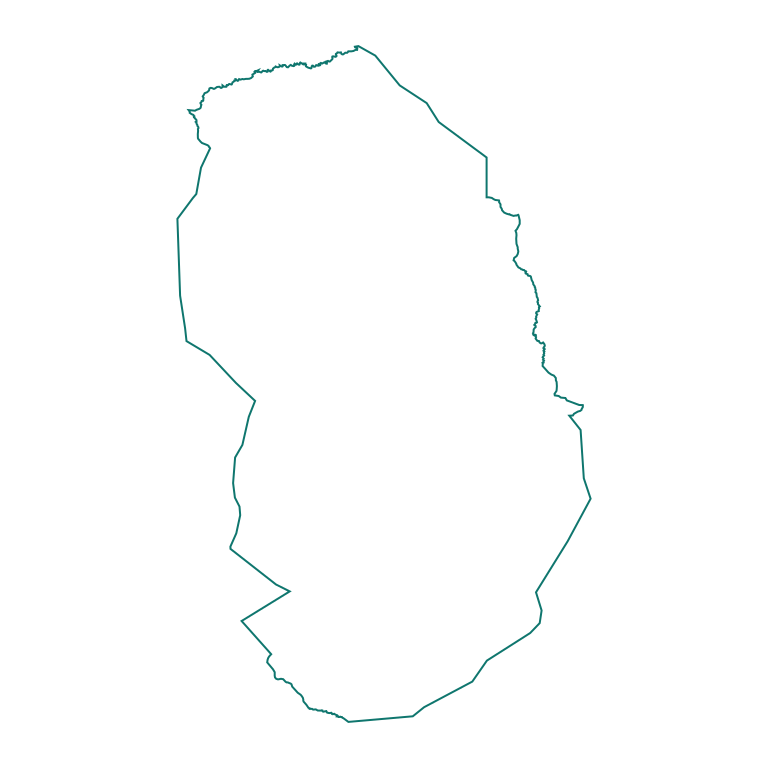 outline of Mo'ngonmorit, Töv, Mongolia
{"feature_id": "93677404B10296672671184", "entity_name": "Mo'ngonmorit", "entity_type": "district", "adm_level": 2, "iso_a3": "MNG", "parent_name": "Mongolia", "parent_adm1": "Töv", "projection": "equal_earth", "projection_center": [108.558, 48.538], "detail": "fine", "context": "isolated", "style": "outline", "palette": "teal", "viewbox_px": 768, "rotation_deg": 0, "n_neighbors": 0, "source": "geoboundaries", "source_scale": "gbopen_adm2", "svg_char_len": 5934}
<svg xmlns="http://www.w3.org/2000/svg" viewBox="0 0 768 768"><path d="M348.4,721.9L412.8,716.3L424.1,707.2L472.3,681.6L486.9,660.6L530.2,633.0L539.7,623.1L541.6,610.5L536.0,592.3L567.7,541.2L590.6,498.7L583.8,478.3L580.6,430.0L569.3,415.7L572.9,415.5L574.0,413.8L577.8,411.6L580.2,410.9L581.5,409.9L581.8,408.7L582.7,407.4L582.9,405.9L582.8,405.1L579.2,405.0L566.8,400.4L565.4,398.0L560.9,397.6L558.7,396.0L554.8,395.4L554.5,393.9L556.5,390.9L556.7,389.2L556.9,386.1L556.6,381.9L555.9,380.4L555.8,378.0L553.9,375.6L551.4,374.6L548.5,372.6L542.6,366.0L542.8,363.8L542.5,362.9L543.6,362.5L543.3,361.7L544.0,360.7L543.0,359.8L543.7,358.7L542.6,357.3L543.2,356.3L544.1,355.6L543.5,354.6L544.2,353.6L543.9,352.6L544.4,351.6L543.5,350.8L544.7,349.2L544.6,348.9L544.1,349.0L543.5,348.5L543.4,348.0L543.7,347.4L544.6,346.2L544.8,345.8L544.7,345.2L544.3,344.0L543.1,342.5L541.8,343.3L541.0,343.4L539.6,342.5L538.9,341.0L537.4,340.9L535.6,338.6L536.1,337.1L535.4,336.3L535.9,335.6L535.9,335.1L535.4,334.8L533.8,335.2L533.2,334.6L533.4,333.6L533.0,333.2L533.5,332.3L533.7,329.4L534.7,328.0L535.7,327.1L535.6,325.9L534.3,324.9L535.1,323.9L535.4,322.9L536.5,322.8L537.0,322.3L536.2,319.9L535.6,318.8L536.3,317.6L536.1,316.6L537.2,314.4L536.2,313.5L536.1,313.0L536.4,312.2L536.9,311.8L538.8,311.1L538.7,309.7L539.2,308.3L538.9,307.3L539.1,306.8L539.8,306.4L537.9,304.0L538.0,302.8L537.4,302.0L537.5,301.3L538.1,300.5L537.9,299.3L537.4,297.6L536.8,296.9L536.4,293.2L535.5,292.3L535.8,290.0L535.3,289.2L535.3,288.0L534.7,287.1L534.8,286.4L533.3,284.4L533.1,282.6L531.7,280.1L530.8,276.5L529.9,275.9L528.2,275.7L527.8,275.3L527.6,274.2L525.7,273.5L525.4,272.9L526.2,271.6L526.0,271.3L525.0,271.0L524.0,270.0L522.8,269.9L522.1,269.4L521.2,269.3L520.4,268.4L518.4,267.4L516.4,264.6L516.3,263.8L515.5,262.4L514.3,260.8L513.6,260.4L514.2,257.9L516.6,256.1L517.7,254.1L518.2,252.1L518.3,251.3L517.7,248.6L517.7,247.2L516.5,243.9L516.2,238.7L516.5,235.2L516.3,232.9L515.5,230.8L517.0,229.1L519.7,223.9L519.7,220.2L518.5,215.2L518.2,214.8L516.2,215.6L515.4,215.5L513.6,215.9L510.2,214.8L509.6,214.2L509.0,214.4L506.6,213.7L504.2,212.6L502.1,210.3L501.7,208.7L500.5,206.9L500.5,204.3L499.1,202.2L499.2,201.1L499.0,200.4L495.4,200.0L493.7,199.2L491.8,197.9L488.7,197.3L486.6,197.3L486.6,157.5L438.7,122.0L426.7,103.1L399.7,85.4L375.3,55.6L358.4,46.1L354.9,46.7L355.1,47.3L357.3,48.2L357.1,49.9L355.5,49.9L353.4,51.0L351.5,51.3L348.3,51.3L347.8,52.2L347.1,52.8L345.3,52.7L343.3,54.3L342.3,54.4L341.4,53.8L340.9,52.4L339.8,52.6L337.5,52.4L337.0,53.2L335.9,53.9L335.9,54.7L336.5,55.6L336.5,56.1L336.3,56.4L335.5,56.8L333.1,56.3L332.4,56.5L332.2,57.0L332.5,58.5L332.3,59.2L329.9,61.5L329.0,61.5L328.0,60.9L326.2,61.5L327.0,62.7L326.8,63.7L326.1,63.6L324.3,62.3L322.3,63.5L320.9,62.9L320.3,63.3L320.4,64.7L320.1,65.2L319.5,65.4L319.2,65.1L319.1,64.2L318.7,64.1L318.0,65.7L316.2,65.1L315.3,66.5L314.0,66.8L313.0,65.7L312.3,65.6L311.7,66.3L311.6,67.7L311.3,68.2L310.9,68.4L308.3,67.7L306.3,66.6L305.9,66.2L306.1,64.5L305.5,64.0L304.3,64.5L303.3,64.4L302.9,64.2L302.9,63.9L303.5,63.5L301.9,63.5L300.3,62.5L300.0,62.8L299.6,64.5L299.1,64.7L298.3,64.4L297.3,63.4L297.0,63.4L296.4,64.5L295.9,64.5L294.6,63.6L294.1,64.5L294.3,65.1L294.6,65.4L294.2,65.9L293.6,66.1L291.8,65.7L290.8,64.9L289.8,65.5L288.0,67.3L286.8,67.1L285.3,65.2L284.9,65.0L282.7,65.1L282.8,66.0L282.6,66.4L282.1,66.6L281.2,66.3L279.7,65.3L279.8,65.9L279.7,66.4L278.7,67.1L277.2,67.2L275.6,66.5L275.3,67.1L274.2,67.6L273.0,68.6L272.7,70.2L272.3,70.4L271.0,70.5L270.8,71.4L270.4,71.6L268.0,69.8L267.7,70.0L267.6,71.6L267.2,71.8L266.6,71.8L265.7,71.0L264.1,71.1L263.2,70.7L262.6,71.0L261.4,72.4L260.9,72.4L259.1,71.7L257.7,72.0L257.3,71.9L257.2,71.6L258.1,70.3L256.6,71.0L255.2,71.0L254.5,71.8L255.2,72.6L255.2,72.9L252.4,74.6L252.8,76.5L251.0,78.1L249.1,78.8L245.7,78.9L243.8,79.3L242.4,79.0L240.6,79.6L239.1,79.1L238.3,80.6L237.5,80.8L235.8,79.1L235.4,79.1L235.6,80.4L234.9,80.8L234.3,80.6L233.9,81.5L232.5,82.4L232.0,84.0L231.6,84.5L229.3,84.0L228.8,84.2L228.2,85.1L226.8,85.0L226.5,85.5L226.6,86.5L226.2,86.8L224.1,86.7L222.5,85.4L222.5,87.2L221.4,87.9L220.6,87.8L219.6,86.8L218.6,86.8L217.0,87.0L214.9,88.5L213.9,88.9L211.8,88.0L210.5,87.9L209.4,88.5L209.1,90.2L208.5,91.0L207.0,92.3L204.6,93.2L203.5,95.4L202.8,96.2L202.7,96.5L203.6,97.8L203.3,99.1L203.3,100.3L203.1,100.8L201.7,101.0L201.5,101.9L200.4,103.0L200.6,103.7L201.4,104.8L201.0,105.8L200.8,107.2L200.4,108.1L199.2,108.9L196.6,109.8L195.0,110.7L188.6,110.1L189.6,111.5L189.8,112.3L189.7,112.8L191.5,114.1L193.4,114.9L193.7,115.8L194.1,116.0L193.8,116.6L193.9,117.2L194.6,117.3L194.8,118.3L196.3,119.7L196.6,121.1L195.7,121.9L196.5,122.6L196.5,123.7L197.3,124.9L197.4,125.9L198.2,126.8L198.5,128.0L197.9,129.0L198.1,130.8L197.8,134.1L197.9,138.0L198.1,138.7L200.5,141.6L202.0,143.0L207.6,145.2L208.7,146.1L209.0,146.9L209.6,147.4L210.1,148.3L201.0,167.7L196.3,194.0L192.9,198.0L177.4,218.8L180.1,295.7L185.1,328.3L186.5,341.1L209.6,354.9L236.0,383.0L255.1,400.9L248.8,416.8L242.4,444.9L235.1,457.5L233.1,483.1L234.9,497.6L239.5,506.6L240.2,515.2L236.3,533.3L230.4,546.6L230.5,548.9L276.0,584.5L289.7,591.4L241.6,621.0L271.2,654.2L269.2,656.4L268.3,657.8L267.6,659.7L267.2,662.4L273.0,669.3L274.7,672.2L274.7,675.7L275.0,677.4L276.2,678.8L278.0,679.4L281.0,678.8L283.2,679.2L285.6,681.8L286.6,682.4L287.8,682.4L289.1,683.0L290.7,683.6L291.5,684.3L292.2,686.6L297.7,692.7L300.7,694.8L301.9,696.3L302.9,697.9L303.3,699.6L303.3,700.7L303.6,701.6L306.4,704.8L308.5,707.9L309.7,708.3L309.7,708.9L312.1,708.9L313.1,709.6L315.8,709.4L317.7,710.5L320.5,710.6L321.8,710.3L322.4,710.5L322.4,711.1L323.2,711.7L326.3,711.1L326.7,711.8L326.8,712.4L327.4,712.7L329.2,713.1L331.3,712.8L331.8,713.8L332.5,713.7L332.9,714.2L334.3,713.8L335.3,714.6L337.0,715.2L336.7,716.4L337.2,716.4L337.7,716.0L338.3,716.3L338.5,717.0L339.5,717.0L340.4,716.7L340.9,717.0L341.9,717.0L342.4,717.8L343.3,718.1L348.4,721.9Z" fill="none" stroke="#0f766e" stroke-width="2"/></svg>